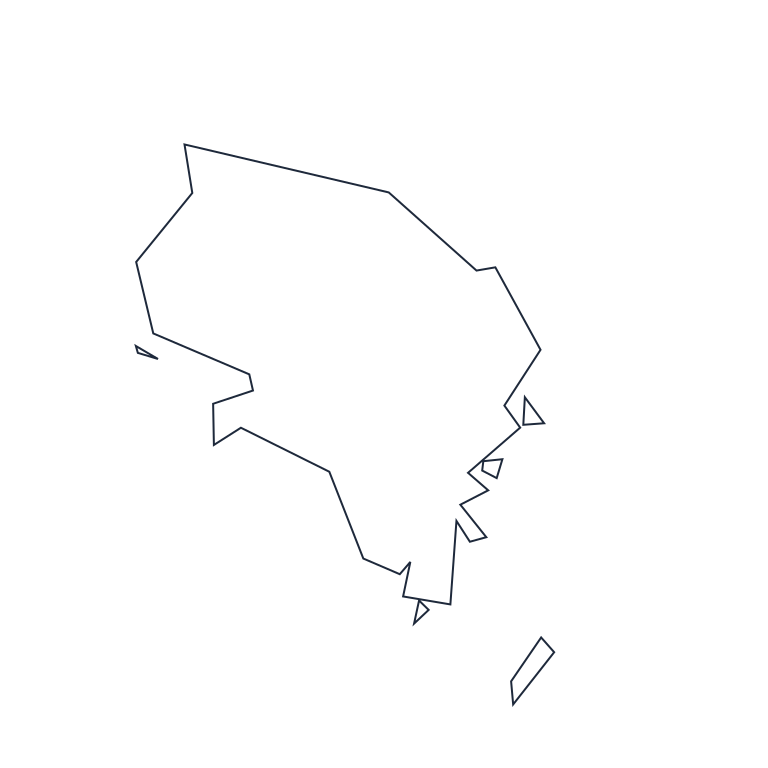 South Korea, Mercator projection, rotated 311°
{"feature_id": "KOR", "entity_name": "South Korea", "entity_type": "country or territory", "adm_level": 0, "iso_a3": "KOR", "parent_name": "Asia", "parent_adm1": "", "projection": "mercator", "projection_center": [127.333, 35.912], "detail": "coarse", "context": "isolated", "style": "outline", "palette": "slate", "viewbox_px": 768, "rotation_deg": 311, "n_neighbors": 0, "source": "natural_earth", "source_scale": "50m", "svg_char_len": 770}
<svg xmlns="http://www.w3.org/2000/svg" viewBox="0 0 768 768"><g transform="rotate(311 384 384)"><path d="M270.8,176.7L313.5,116.9L402.4,114.0L433.9,76.3L531.7,261.9L530.3,379.4L545.1,391.5L512.5,479.7L446.7,489.0L440.4,515.4L372.1,505.7L372.1,532.4L343.0,520.8L335.5,561.7L321.3,552.3L328.2,528.5L261.2,578.7L236.2,537.8L267.0,520.6L250.8,520.7L238.7,482.9L281.9,400.3L257.1,304.7L226.4,295.6L257.0,268.0L293.1,289.4L302.9,276.0L270.8,176.7ZM293.2,688.4L226.9,691.7L243.0,675.0L295.8,668.9L293.2,688.4ZM466.4,499.0L459.4,530.6L444.6,515.9L466.4,499.0ZM404.9,522.7L386.9,530.8L383.1,514.9L390.9,509.6L404.9,522.7ZM242.8,565.9L222.9,563.9L243.6,552.5L242.8,565.9ZM249.9,171.8L254.6,197.0L246.0,177.8L249.9,171.8Z" fill="none" stroke="#1e293b" stroke-width="2"/></g></svg>